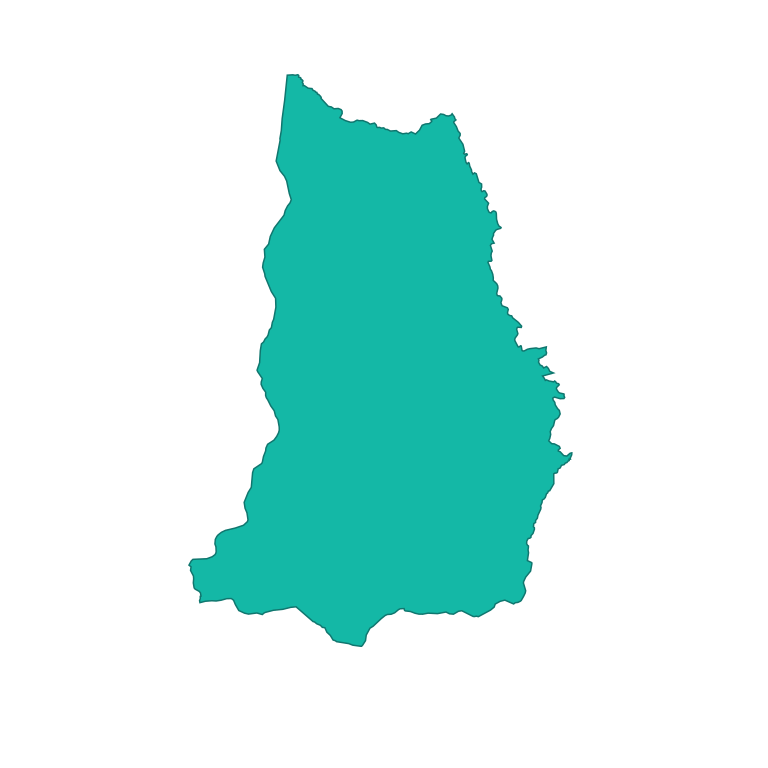 Sotrile, Prahova, Romania (Equal Earth projection), rotated 204°
{"feature_id": "2599482B85734359359227", "entity_name": "Sotrile", "entity_type": "district", "adm_level": 2, "iso_a3": "ROU", "parent_name": "Romania", "parent_adm1": "Prahova", "projection": "equal_earth", "projection_center": [25.714, 45.211], "detail": "fine", "context": "isolated", "style": "filled", "palette": "teal", "viewbox_px": 768, "rotation_deg": 204, "n_neighbors": 0, "source": "geoboundaries", "source_scale": "gbopen_adm2", "svg_char_len": 6171}
<svg xmlns="http://www.w3.org/2000/svg" viewBox="0 0 768 768"><g transform="rotate(204 384 384)"><path d="M598.0,626.8L590.1,602.6L585.0,585.1L580.9,573.8L578.9,565.9L578.0,564.3L573.2,543.8L565.8,536.6L559.4,533.3L555.5,529.9L548.0,519.5L543.7,514.7L543.5,511.4L544.5,507.5L544.8,502.4L544.0,497.6L547.7,482.1L547.9,472.6L546.3,464.9L548.1,458.4L544.4,451.5L543.6,445.4L542.4,441.3L537.8,436.2L536.4,433.9L524.5,422.6L517.9,418.2L514.0,410.2L511.1,398.2L511.1,395.0L509.8,389.7L510.7,386.7L509.8,381.5L510.0,379.3L510.9,376.9L511.1,373.4L512.3,370.8L510.6,364.3L506.3,352.9L505.6,345.0L504.3,343.8L497.4,339.5L497.0,336.0L496.1,333.7L492.8,330.7L488.8,328.4L487.5,325.4L485.9,323.6L483.7,322.2L478.5,317.9L473.4,314.9L470.1,310.7L466.5,308.4L462.3,302.2L460.9,299.2L460.5,296.6L460.7,292.5L461.7,287.9L465.8,281.6L465.8,277.5L464.9,274.6L464.6,268.7L463.3,262.9L463.5,261.4L468.4,253.6L468.0,249.6L463.2,235.6L464.0,229.7L463.6,219.0L460.4,214.0L456.8,210.6L453.0,204.6L452.8,202.7L454.9,197.8L461.3,191.9L469.3,185.8L472.2,182.4L474.2,178.6L474.7,176.8L474.9,173.5L473.4,169.1L471.3,166.9L469.1,162.5L468.8,160.9L469.0,159.3L469.9,157.7L470.6,156.4L474.8,152.3L487.2,146.1L488.1,144.0L488.5,139.2L485.9,138.5L484.9,135.0L480.0,131.1L478.6,128.5L477.3,124.7L474.5,120.5L473.1,119.8L468.5,119.4L466.8,118.6L464.9,115.8L465.5,115.3L464.5,113.1L464.4,111.1L463.2,109.4L458.8,112.9L453.1,116.0L449.1,117.5L444.9,120.2L440.4,123.9L436.2,125.9L433.5,125.3L430.0,122.0L424.5,118.0L418.3,117.9L414.2,118.7L407.0,123.1L401.4,123.9L400.3,126.2L399.5,127.1L393.0,132.3L384.8,137.0L378.4,142.0L373.7,144.7L352.1,138.1L350.8,138.4L348.0,137.6L343.9,137.7L341.4,136.6L338.9,137.3L335.2,134.0L330.8,132.5L326.4,129.4L324.0,129.7L322.6,129.3L310.6,132.5L306.3,132.7L298.4,135.0L297.8,135.3L297.3,136.7L296.5,142.0L298.1,147.4L297.5,155.2L295.4,158.3L291.1,168.5L288.8,173.0L287.2,174.8L283.8,176.6L281.2,179.3L278.9,183.9L277.7,185.3L274.3,187.0L273.1,185.5L272.2,185.4L267.4,186.9L262.4,187.2L258.4,188.0L255.0,189.5L250.5,192.6L241.7,196.0L234.6,200.9L230.7,200.7L226.9,202.0L223.5,206.7L220.7,208.5L208.2,207.9L207.0,208.2L205.1,209.5L203.2,209.8L194.7,220.8L192.6,225.0L192.9,228.2L189.5,232.7L185.7,235.7L176.1,235.8L175.1,237.6L172.9,238.9L171.1,241.0L170.6,242.0L170.1,246.8L170.0,250.6L170.5,252.8L175.7,258.9L176.1,260.4L176.0,265.3L174.0,272.7L175.8,280.0L176.4,280.9L181.2,281.0L183.3,288.6L184.9,291.0L185.7,293.7L186.2,294.8L187.4,295.1L188.8,296.2L189.7,298.7L189.4,301.6L188.1,302.4L187.4,303.7L188.0,305.3L187.1,308.1L187.5,312.5L188.2,313.9L189.4,314.3L190.4,317.5L189.2,319.1L190.0,320.9L189.3,323.8L190.0,326.7L189.9,333.4L190.4,335.2L191.4,336.2L191.4,339.9L192.2,342.4L191.1,343.9L190.5,346.0L190.9,349.8L190.2,351.1L190.3,353.0L189.2,353.9L188.3,362.0L192.4,371.0L191.8,371.9L190.1,373.0L189.7,374.0L190.4,377.3L188.9,379.0L188.8,381.9L186.6,383.7L186.2,385.5L185.0,386.6L184.5,388.4L183.7,389.4L184.4,390.5L183.1,391.2L183.7,391.9L183.7,395.6L184.4,397.5L184.8,397.3L185.9,396.3L187.7,392.5L190.7,391.7L195.4,393.7L197.6,393.7L197.9,394.8L196.9,396.9L198.4,398.3L204.0,398.6L206.5,397.7L210.4,399.1L210.4,401.6L211.2,405.7L212.8,408.1L212.9,411.4L212.2,414.9L213.2,420.1L213.1,421.1L211.7,422.9L211.0,424.7L210.9,428.3L213.1,431.2L215.4,432.1L219.1,434.6L220.5,436.7L223.0,438.2L224.1,439.6L223.0,441.4L217.1,442.2L213.7,443.9L213.5,445.3L214.8,446.4L215.0,447.3L215.6,448.1L220.1,447.2L221.5,447.6L224.5,449.6L224.9,451.0L223.6,454.5L224.6,455.3L226.7,454.9L228.3,456.0L229.4,456.1L229.8,455.0L234.4,453.9L237.4,453.8L238.1,452.9L239.7,454.3L242.4,455.8L233.7,463.0L237.7,463.0L240.2,465.1L242.6,466.1L244.7,463.6L246.7,464.8L249.2,464.9L251.7,466.8L252.1,468.7L253.2,469.7L250.3,473.0L248.9,475.7L247.9,476.5L248.1,478.5L249.8,480.5L250.8,483.9L256.7,479.3L259.7,478.8L265.0,475.7L267.2,474.0L269.2,471.4L270.4,470.7L271.5,470.7L274.1,474.5L274.7,474.5L275.8,472.7L276.6,472.5L281.8,476.6L282.6,477.6L282.9,479.2L282.1,483.2L282.2,484.5L285.0,487.8L285.3,489.2L284.9,490.3L281.6,491.5L281.8,492.8L286.2,494.9L293.4,496.8L295.1,498.2L297.1,497.7L299.4,498.2L300.3,499.7L300.8,502.7L302.3,503.8L308.0,503.5L310.3,505.9L310.6,508.9L311.2,510.2L313.9,511.6L315.9,510.9L316.8,511.2L317.9,512.6L318.9,517.9L320.0,519.9L321.9,521.5L326.4,523.1L327.3,525.4L329.2,528.4L332.0,531.3L333.5,532.1L334.9,534.1L338.5,537.4L338.5,538.5L336.0,539.8L335.7,540.8L338.4,544.6L339.2,547.1L339.2,549.4L343.2,553.9L342.8,555.9L340.7,557.5L344.2,560.1L344.5,562.4L344.4,564.4L345.2,566.1L344.5,569.9L343.5,571.3L341.0,573.4L340.6,574.1L340.7,574.6L343.3,575.1L345.3,576.7L348.2,580.3L350.7,585.4L351.7,586.6L353.0,586.9L354.3,586.7L355.4,585.5L355.6,584.1L356.0,583.8L357.6,583.6L358.6,584.2L360.8,586.2L361.8,588.3L362.0,591.7L367.4,594.0L367.7,595.3L366.6,597.0L366.6,598.2L367.1,599.2L370.2,601.4L371.5,601.1L372.7,599.6L373.7,600.1L374.7,601.7L374.8,603.5L376.2,606.4L379.3,606.8L385.2,613.6L387.2,613.7L388.1,611.9L390.3,613.6L391.1,615.1L394.3,617.9L396.0,620.4L396.9,620.6L397.6,618.9L399.2,619.8L402.1,623.7L402.2,625.4L401.3,626.7L401.3,627.6L402.1,628.0L403.9,626.7L405.0,627.0L405.0,629.4L409.4,635.1L415.7,639.1L415.6,642.3L416.4,643.9L419.2,645.2L422.5,648.5L426.6,651.2L426.9,652.1L425.7,654.5L427.4,655.3L428.1,656.5L431.7,658.6L432.1,656.9L434.0,655.1L436.4,654.3L439.1,654.5L442.1,653.7L444.3,648.2L448.7,645.0L448.8,644.4L447.5,643.9L447.2,643.2L448.5,640.3L451.9,638.4L454.4,635.9L454.8,630.4L456.9,625.2L461.7,625.3L463.7,622.5L465.4,622.3L468.6,620.2L472.9,619.9L475.8,620.5L481.0,617.7L484.5,617.9L486.2,617.2L488.4,617.9L490.8,616.6L492.3,616.7L494.4,615.6L495.1,615.8L496.5,617.5L498.8,618.5L502.5,615.7L505.3,616.3L510.6,616.0L513.9,614.4L515.9,614.1L518.4,610.9L521.0,609.5L526.5,608.9L532.6,609.3L532.2,614.0L533.3,616.3L534.8,617.2L537.9,617.1L541.6,615.1L544.8,615.7L547.8,615.0L557.7,619.3L557.9,620.2L558.8,620.9L561.6,622.0L562.6,621.7L564.0,623.1L565.1,622.8L565.9,623.4L568.4,623.5L569.9,624.6L573.6,623.4L578.2,624.2L579.3,623.6L579.9,625.3L581.3,626.3L581.3,627.9L582.2,628.5L584.1,628.7L584.2,629.5L584.9,629.9L586.8,629.6L587.4,631.2L588.5,631.5L590.7,629.9L593.0,629.4L598.0,626.8Z" fill="#14b8a6" stroke="#0f766e" stroke-width="1.5"/></g></svg>